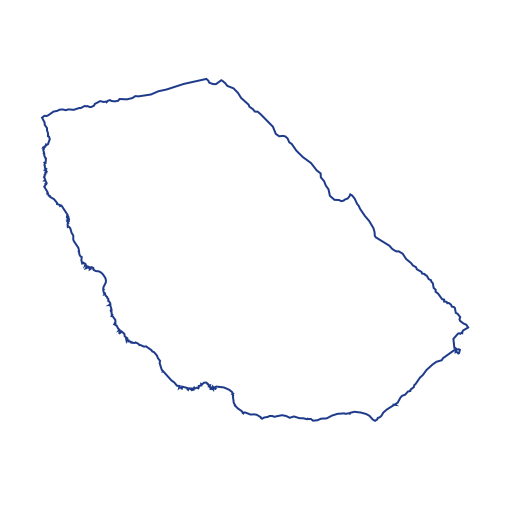 outline of Nossa Senhora Da Ajuda, Mosteiros, Cabo Verde, rotated 170°
{"feature_id": "66160863B13080281314211", "entity_name": "Nossa Senhora Da Ajuda", "entity_type": "district", "adm_level": 2, "iso_a3": "CPV", "parent_name": "Cabo Verde", "parent_adm1": "Mosteiros", "projection": "mercator", "projection_center": [-24.32, 15.001], "detail": "fine", "context": "isolated", "style": "outline", "palette": "blue", "viewbox_px": 512, "rotation_deg": 170, "n_neighbors": 0, "source": "geoboundaries", "source_scale": "gbopen_adm2", "svg_char_len": 6058}
<svg xmlns="http://www.w3.org/2000/svg" viewBox="0 0 512 512"><g transform="rotate(170 256 256)"><path d="M442.7,429.4L441.0,424.2L441.3,421.9L439.6,418.2L440.0,416.2L439.5,412.8L440.1,410.1L439.1,409.5L438.8,406.9L441.4,402.3L442.2,401.9L443.4,402.3L443.6,401.2L445.0,400.7L445.7,399.7L446.5,400.0L446.9,399.6L446.2,399.4L446.6,399.2L446.3,398.2L447.1,397.5L446.8,394.3L447.2,394.0L446.7,393.2L447.1,392.2L446.5,389.1L445.9,388.6L446.9,384.9L447.9,384.7L447.4,384.0L448.1,383.7L448.6,382.0L448.3,381.6L448.6,379.4L447.5,378.2L448.5,377.5L447.2,377.2L448.8,377.0L447.6,375.7L448.5,375.1L448.3,374.7L449.0,374.7L449.4,372.8L450.1,372.6L450.3,371.2L451.1,370.5L450.3,368.1L450.5,367.2L451.1,366.9L450.3,366.6L449.5,364.1L450.0,363.3L451.0,363.4L451.1,362.2L452.5,361.1L450.3,355.4L450.7,353.8L450.0,353.8L449.7,351.4L448.5,350.8L448.5,349.9L445.1,347.1L442.7,342.8L442.9,341.7L440.4,340.4L439.8,339.7L440.0,339.3L438.8,339.4L434.5,329.4L434.3,328.0L435.2,328.0L435.4,327.2L434.1,327.0L434.3,326.3L435.1,326.2L434.9,325.7L434.0,326.0L433.8,324.8L435.2,324.3L434.1,323.6L434.3,322.8L435.8,322.7L435.1,321.0L436.0,320.3L436.3,317.3L435.4,317.5L434.1,315.7L433.6,310.9L432.4,307.9L433.1,303.9L432.8,302.3L429.5,294.8L429.4,291.5L430.5,290.8L429.6,290.9L429.6,288.0L429.0,286.3L427.8,285.2L428.7,282.3L428.5,279.0L427.3,279.5L426.9,279.0L427.2,278.7L426.2,278.6L425.3,277.6L426.0,276.3L425.2,276.8L424.3,275.2L425.7,273.4L425.0,273.5L424.0,274.8L423.3,274.8L422.8,274.3L423.5,272.8L422.3,274.1L421.4,273.5L422.0,271.7L420.9,272.1L420.7,273.5L419.8,273.6L418.2,272.3L418.6,271.0L418.1,270.3L416.2,268.9L413.5,268.2L411.4,266.6L409.8,264.3L408.2,260.6L408.0,258.2L408.5,256.0L411.5,252.0L412.2,250.1L411.8,249.5L412.3,249.1L412.3,246.3L411.3,245.6L412.0,244.6L411.3,244.7L410.8,242.7L409.7,241.5L409.7,240.4L408.9,239.4L409.3,237.4L408.6,236.9L407.8,234.9L407.8,233.7L409.0,233.2L408.1,233.1L407.6,228.5L408.3,227.9L407.8,227.5L408.4,226.6L407.9,225.9L408.3,224.0L407.7,223.1L408.7,221.9L407.5,221.3L405.6,217.3L406.0,215.4L407.2,213.7L406.2,213.7L406.5,212.5L405.3,211.6L404.4,208.5L403.3,207.2L404.1,206.4L403.5,206.5L403.3,205.8L402.6,205.6L404.5,203.3L401.2,204.7L399.2,202.3L399.2,199.6L397.0,197.3L397.2,196.8L397.9,197.1L397.8,196.4L398.3,196.5L398.2,195.0L397.7,195.8L396.2,195.1L396.4,194.0L395.2,194.0L394.1,192.5L393.5,192.7L393.5,192.2L390.5,191.4L389.6,191.8L387.0,189.9L386.3,188.5L385.1,188.3L382.1,186.2L380.0,186.1L375.4,181.5L374.7,180.0L373.1,179.0L370.8,175.1L370.4,172.6L368.7,169.3L369.5,167.3L368.6,160.4L367.7,159.1L368.0,158.4L367.3,158.4L361.0,148.3L358.4,145.6L356.4,142.0L353.9,141.3L354.6,139.5L353.6,140.1L353.1,139.4L352.1,139.3L352.3,137.4L351.4,140.2L346.3,137.8L345.8,137.1L346.5,136.6L346.1,136.0L345.2,137.3L344.5,137.2L344.7,136.0L344.2,137.1L342.7,136.6L343.2,135.0L342.9,135.6L342.5,135.0L341.6,135.1L342.4,135.9L341.9,136.5L341.2,135.8L339.9,137.0L339.7,136.0L337.0,136.6L335.9,135.7L335.3,136.2L334.9,138.0L332.4,138.0L332.2,139.5L331.4,138.9L329.4,140.2L327.2,140.1L325.7,138.6L326.2,137.4L325.7,137.9L324.9,137.2L325.1,136.2L323.8,136.5L324.4,135.1L323.7,134.2L324.1,132.1L322.9,133.9L321.6,131.8L322.3,134.1L321.9,134.2L321.3,132.7L321.0,134.6L319.2,132.2L318.8,132.4L319.7,133.6L319.1,133.9L318.7,133.2L318.8,133.9L317.7,134.3L310.4,132.1L305.6,128.9L303.3,126.3L302.8,124.9L303.2,124.4L302.6,124.2L303.1,123.6L302.7,122.6L303.1,122.1L303.4,115.2L302.4,112.6L302.7,112.3L300.4,109.1L296.8,105.5L296.3,103.6L295.8,103.1L294.8,104.0L293.5,103.6L288.9,100.8L285.4,100.4L282.8,99.5L279.3,96.4L279.3,95.6L278.3,94.7L276.1,95.5L272.1,95.5L270.5,96.1L267.7,95.6L266.0,94.5L258.0,94.7L254.1,93.2L250.8,90.8L246.5,91.4L241.3,88.7L237.7,88.0L234.0,86.4L233.4,86.8L232.7,86.3L230.3,86.0L228.4,83.9L224.0,83.6L220.1,84.5L214.7,83.8L208.6,85.7L203.1,86.4L196.4,85.7L195.2,85.0L192.2,85.0L191.0,84.4L190.6,85.2L186.1,85.5L179.9,83.6L175.0,81.3L172.0,78.9L169.5,74.8L167.4,73.0L165.0,74.0L164.2,75.4L162.3,75.6L160.5,76.6L157.7,79.8L153.6,82.2L146.5,85.1L146.4,85.7L144.6,85.2L145.1,85.7L142.0,86.9L138.3,91.5L136.3,93.0L133.2,93.5L130.0,96.1L127.4,96.3L127.0,97.6L123.4,99.4L122.5,101.4L121.1,102.2L115.6,107.8L112.4,109.8L107.8,114.2L101.3,118.3L96.7,120.5L91.2,121.1L89.6,122.9L77.0,128.9L75.7,128.4L76.1,126.7L75.2,127.0L73.7,124.9L73.0,125.0L71.5,128.2L72.5,129.0L74.2,128.9L75.6,130.7L76.6,131.1L76.0,140.1L70.5,144.5L69.4,144.6L68.3,143.9L67.1,144.7L66.3,144.2L65.7,146.0L64.8,146.8L59.5,148.7L60.8,151.8L63.4,153.5L66.3,156.7L66.6,158.4L65.5,160.3L67.5,164.1L69.1,165.3L69.2,170.3L70.0,171.4L71.9,172.1L72.4,174.2L74.2,176.2L75.8,176.3L76.3,177.8L78.7,178.5L78.3,180.4L80.2,181.1L83.3,187.5L85.4,189.6L84.9,191.5L86.6,193.7L86.6,198.5L87.8,200.3L87.9,201.8L89.9,203.2L91.3,207.1L92.5,207.7L93.1,209.0L95.5,209.9L95.8,211.6L99.9,215.0L100.4,217.2L103.1,219.4L104.5,222.1L108.7,227.0L111.2,232.9L114.8,235.9L116.6,236.0L118.4,237.2L120.7,239.4L122.8,242.9L134.8,253.6L135.5,255.1L135.1,259.0L135.5,263.0L138.5,270.9L141.8,276.5L145.3,284.3L146.2,287.7L147.4,289.8L148.8,295.2L150.8,298.9L152.5,300.3L153.5,298.6L155.7,296.7L159.0,296.1L160.0,295.3L162.5,295.2L164.5,296.7L169.0,297.7L172.8,302.5L173.0,309.0L175.0,313.2L176.0,318.0L178.5,322.2L178.0,326.1L181.4,329.8L185.6,337.9L192.7,345.3L198.0,352.8L201.4,360.2L203.5,362.2L204.5,366.3L206.4,368.7L208.6,369.6L212.4,369.9L215.3,372.8L216.9,380.4L226.9,394.9L229.3,397.8L232.0,398.4L233.6,401.2L236.6,404.2L237.0,406.3L243.2,414.2L245.4,419.7L249.0,425.0L254.7,428.5L256.3,431.5L258.8,434.5L259.7,435.1L265.6,432.2L268.5,432.8L271.9,434.8L272.5,436.9L274.1,439.0L297.2,438.0L315.2,435.5L323.5,435.2L331.4,433.3L343.8,433.6L347.2,434.4L350.3,433.0L356.0,432.7L363.1,434.3L364.8,432.8L368.2,432.8L371.3,433.7L372.8,434.9L375.1,434.5L376.4,433.4L376.8,434.1L379.1,434.1L382.6,435.6L388.4,433.7L389.4,432.2L392.1,431.4L393.8,431.5L395.9,432.9L396.7,432.7L398.5,433.5L403.0,432.1L404.2,432.5L410.1,431.6L415.3,433.0L418.0,432.6L420.9,433.9L423.9,434.2L426.9,433.4L430.3,433.4L436.1,430.7L437.9,430.2L440.0,430.8L442.7,429.4Z" fill="none" stroke="#1e3a8a" stroke-width="2"/></g></svg>